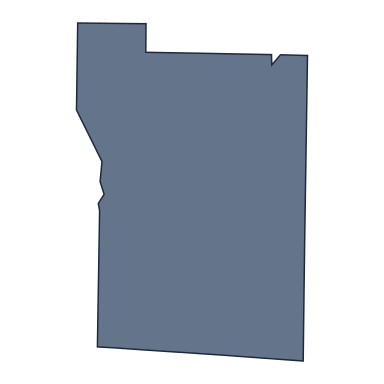 Thomas, Georgia, United States of America (Equal Earth projection)
{"feature_id": "52423323B60501572550321", "entity_name": "Thomas", "entity_type": "district", "adm_level": 2, "iso_a3": "USA", "parent_name": "United States of America", "parent_adm1": "Georgia", "projection": "equal_earth", "projection_center": [-83.95, 30.868], "detail": "fine", "context": "isolated", "style": "filled", "palette": "slate", "viewbox_px": 384, "rotation_deg": 0, "n_neighbors": 0, "source": "geoboundaries", "source_scale": "gbopen_adm2", "svg_char_len": 477}
<svg xmlns="http://www.w3.org/2000/svg" viewBox="0 0 384 384"><path d="M97.4,346.9L113.4,347.8L119.9,348.2L122.8,348.5L124.0,348.5L143.6,349.9L220.5,355.0L220.9,355.0L235.7,356.1L256.4,357.6L262.7,358.1L303.2,361.0L304.0,293.5L304.8,232.2L307.5,55.5L280.5,54.8L271.8,64.9L271.5,54.6L197.5,53.2L145.8,52.3L146.0,23.6L142.9,23.7L77.7,23.0L76.5,110.0L102.0,161.5L100.1,181.6L104.1,194.3L98.3,203.5L99.6,210.7L97.4,346.9Z" fill="#64748b" stroke="#1e293b" stroke-width="1.5"/></svg>